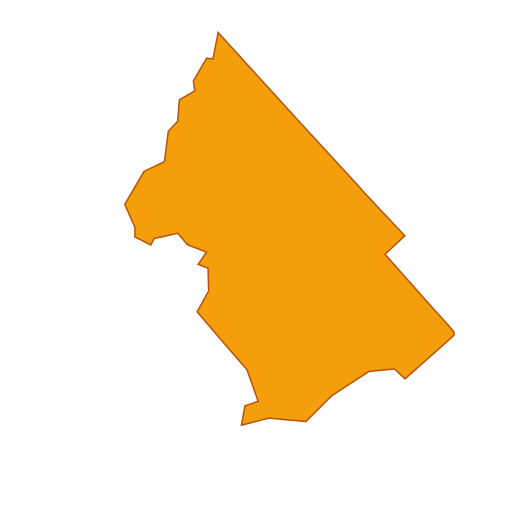 outline of Seminole, Florida, United States of America, rotated 228°
{"feature_id": "52423323B18457012552494", "entity_name": "Seminole", "entity_type": "district", "adm_level": 2, "iso_a3": "USA", "parent_name": "United States of America", "parent_adm1": "Florida", "projection": "orthographic", "projection_center": [-81.235, 28.745], "detail": "fine", "context": "isolated", "style": "filled", "palette": "amber", "viewbox_px": 512, "rotation_deg": 228, "n_neighbors": 0, "source": "geoboundaries", "source_scale": "gbopen_adm2", "svg_char_len": 715}
<svg xmlns="http://www.w3.org/2000/svg" viewBox="0 0 512 512"><g transform="rotate(228 256 256)"><path d="M101.5,218.8L94.6,262.8L79.3,283.4L65.0,284.5L64.7,322.3L64.6,350.1L67.1,352.3L76.2,352.6L100.7,352.5L170.9,353.0L171.1,359.7L171.4,380.1L208.5,379.3L232.9,378.8L238.8,379.0L332.5,378.0L447.4,377.4L431.3,355.9L436.0,351.6L428.0,326.6L419.7,321.0L423.4,303.6L408.6,288.1L407.3,274.2L387.4,251.1L393.8,229.3L382.2,193.0L358.0,185.1L351.2,178.7L334.6,185.2L337.1,192.0L325.2,213.1L310.2,212.6L292.0,221.8L288.5,207.4L279.0,212.2L261.7,197.4L253.9,174.9L215.9,173.9L177.5,173.2L146.6,160.4L152.0,147.5L140.0,131.9L127.0,157.0L99.6,182.3L101.5,218.8Z" fill="#f59e0b" stroke="#b45309" stroke-width="1.5"/></g></svg>